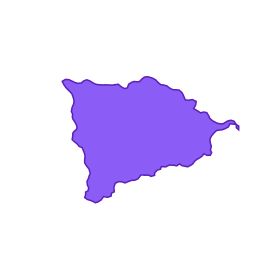 outline of Presidente Kubitschek, Minas Gerais, Brazil, rotated 315°
{"feature_id": "56859067B74501979707215", "entity_name": "Presidente Kubitschek", "entity_type": "district", "adm_level": 2, "iso_a3": "BRA", "parent_name": "Brazil", "parent_adm1": "Minas Gerais", "projection": "orthographic", "projection_center": [-43.574, -18.625], "detail": "fine", "context": "isolated", "style": "filled", "palette": "violet", "viewbox_px": 256, "rotation_deg": 315, "n_neighbors": 0, "source": "geoboundaries", "source_scale": "gbopen_adm2", "svg_char_len": 2148}
<svg xmlns="http://www.w3.org/2000/svg" viewBox="0 0 256 256"><g transform="rotate(315 128 128)"><path d="M207.0,202.2L207.8,198.1L206.2,195.2L203.2,193.4L198.4,192.3L196.1,190.3L194.2,187.0L192.9,182.6L192.6,179.0L193.7,176.5L194.6,172.8L192.7,170.1L190.1,168.7L189.1,164.2L188.1,160.7L191.9,159.7L195.0,157.5L193.7,153.5L190.2,150.9L188.4,148.6L189.4,146.1L190.5,143.5L191.2,141.0L190.9,137.2L188.8,134.7L186.7,132.4L185.6,128.9L185.3,125.8L183.7,122.9L181.8,120.5L181.5,116.9L181.6,113.7L180.8,110.6L179.4,107.7L177.9,105.3L175.5,103.6L172.4,103.2L169.0,103.3L167.1,101.8L165.2,99.4L162.8,98.2L159.4,97.5L155.9,99.2L153.5,97.7L152.5,94.7L152.0,90.1L149.2,88.0L147.0,86.4L145.2,84.3L143.1,82.1L140.6,79.7L138.2,77.1L136.1,74.2L135.1,71.3L134.3,67.7L133.0,64.8L130.1,63.4L126.7,63.1L124.1,60.9L122.5,58.0L121.6,55.3L120.4,52.0L118.1,49.4L114.5,48.5L113.3,52.0L112.6,55.8L112.6,58.7L112.7,61.3L112.4,64.4L111.1,67.2L109.3,70.4L106.8,72.4L102.7,74.1L99.6,76.3L98.6,79.2L96.5,80.7L95.3,82.9L94.7,86.1L93.9,88.7L92.8,91.2L90.6,92.6L87.9,92.2L85.4,92.6L83.1,94.7L80.3,96.7L80.4,99.9L80.8,103.4L80.4,106.4L81.7,109.5L80.4,112.5L79.3,115.1L77.8,117.5L75.1,119.6L72.7,122.0L71.8,125.8L71.4,129.4L69.1,133.6L66.8,134.3L64.5,135.6L61.2,136.8L58.8,139.8L58.0,142.4L55.5,144.1L52.7,143.3L50.9,145.2L48.2,146.5L48.7,149.7L50.3,152.9L51.4,155.3L52.0,157.7L54.3,159.0L58.2,159.9L62.2,159.2L64.6,162.6L68.0,164.2L70.1,162.4L73.2,163.4L76.0,160.0L79.9,158.1L83.3,159.2L85.7,161.8L87.0,164.7L90.1,166.0L93.4,167.5L96.0,169.8L99.1,171.0L101.7,170.7L104.1,170.4L106.5,173.3L109.2,175.8L110.1,178.5L113.3,180.3L115.3,178.5L119.0,178.5L121.8,180.1L124.3,178.9L127.2,182.2L131.0,183.4L133.7,186.3L135.7,189.2L139.1,189.8L139.4,192.4L140.8,194.8L142.8,197.7L146.3,198.8L148.7,199.2L151.5,198.6L154.3,198.9L157.2,199.7L160.5,200.3L163.4,199.9L164.6,203.3L167.0,205.5L169.8,204.5L170.7,201.8L174.0,199.9L175.7,196.7L178.0,193.9L181.3,192.7L185.0,192.3L188.8,192.4L191.3,194.2L193.6,196.0L196.6,197.3L199.8,198.2L202.9,197.1L205.3,199.8L207.0,202.2ZM205.0,207.5L207.7,204.9L207.0,202.2L204.8,204.4L205.0,207.5Z" fill="#8b5cf6" stroke="#5b21b6" stroke-width="1.5"/></g></svg>